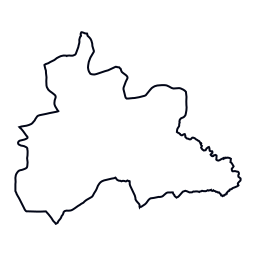 the district of Kadiogo, Kadiogo, Burkina Faso
{"feature_id": "67063806B99988316808523", "entity_name": "Kadiogo", "entity_type": "district", "adm_level": 2, "iso_a3": "BFA", "parent_name": "Burkina Faso", "parent_adm1": "Kadiogo", "projection": "mercator", "projection_center": [-1.417, 12.368], "detail": "fine", "context": "isolated", "style": "outline", "palette": "ink", "viewbox_px": 256, "rotation_deg": 0, "n_neighbors": 0, "source": "geoboundaries", "source_scale": "gbopen_adm2", "svg_char_len": 5797}
<svg xmlns="http://www.w3.org/2000/svg" viewBox="0 0 256 256"><path d="M15.4,191.1L16.2,192.7L16.6,193.9L17.8,196.1L19.1,198.3L24.2,208.4L24.8,209.7L25.9,211.0L26.4,211.3L26.9,211.3L37.1,211.6L40.5,211.6L45.9,211.4L48.5,214.3L51.4,218.0L53.2,220.9L54.9,222.6L55.8,223.8L56.5,223.5L57.8,222.6L57.8,222.2L58.7,220.7L60.1,219.1L61.1,217.6L61.5,216.3L62.8,214.6L63.3,213.4L63.6,212.2L64.3,211.4L64.9,211.0L66.6,210.6L68.5,210.7L70.4,210.5L71.2,210.3L72.4,209.8L74.6,208.4L78.1,205.9L79.8,204.9L81.3,203.8L83.4,202.7L84.5,201.5L86.4,200.0L91.8,196.9L92.7,195.9L94.2,193.1L95.8,190.6L96.7,188.8L97.9,185.8L99.4,183.5L100.6,182.2L102.1,181.2L104.1,180.4L111.7,178.6L114.1,178.2L115.4,177.6L115.8,178.0L116.8,179.5L117.6,180.1L118.9,180.7L120.5,180.8L121.4,181.3L122.6,180.9L123.0,180.8L124.5,181.0L125.3,181.3L126.2,181.3L127.4,180.5L127.9,180.7L128.6,181.1L129.5,181.1L129.7,181.7L129.7,184.1L130.2,185.8L134.8,195.5L135.4,197.8L135.5,199.3L135.9,200.1L136.7,201.3L139.2,204.1L139.6,205.3L139.5,206.4L139.7,207.2L139.9,206.9L140.6,206.9L141.2,206.8L145.1,204.2L146.3,203.0L148.4,200.1L149.3,199.2L150.1,198.6L150.8,198.3L153.9,197.9L158.7,196.9L159.8,197.0L161.8,196.6L162.8,196.1L164.7,194.4L166.5,192.9L167.7,192.5L172.8,192.4L173.1,193.4L173.8,194.6L174.2,194.8L174.7,196.1L176.5,197.6L176.9,197.3L177.7,197.1L178.9,196.1L182.8,191.7L185.3,190.8L187.0,191.3L189.5,192.4L192.1,192.3L193.3,191.5L194.1,191.6L195.9,191.4L197.1,191.4L198.7,191.7L199.2,192.0L199.7,191.6L201.4,191.2L202.0,190.8L203.4,191.1L205.4,191.2L206.3,191.0L207.8,190.2L208.6,190.6L210.9,189.9L210.9,190.3L211.5,190.6L212.6,190.9L213.4,190.3L213.9,190.8L215.5,191.3L215.9,191.8L216.9,191.8L217.5,192.3L218.0,192.5L218.9,192.3L219.7,193.4L220.3,193.6L220.8,194.4L221.1,195.3L221.4,195.3L222.5,196.1L223.1,195.6L223.5,195.7L223.5,195.4L224.0,195.4L224.9,194.7L225.4,194.7L225.7,194.6L226.4,193.4L226.8,193.5L226.9,192.7L228.1,191.3L229.3,190.8L229.5,190.5L229.4,190.2L229.6,189.7L230.2,189.4L231.7,189.1L232.1,188.5L232.9,188.0L235.1,187.2L236.2,186.7L236.8,186.5L237.4,186.1L238.3,185.6L238.5,185.3L238.1,184.7L237.8,183.8L238.0,183.1L239.1,181.8L240.1,180.9L240.4,180.6L240.6,179.9L240.6,178.7L240.5,178.4L238.4,176.7L238.3,175.5L238.4,174.9L238.9,174.1L238.9,173.3L238.8,172.8L238.3,172.0L237.9,171.7L236.4,171.5L235.7,171.2L234.8,171.1L232.7,171.3L232.3,171.1L231.8,169.8L231.8,168.7L233.1,167.2L233.6,166.3L231.8,163.3L231.2,162.6L230.5,162.2L230.8,159.4L230.9,158.8L229.9,158.2L229.1,157.9L227.7,157.6L226.7,157.9L226.2,157.7L225.8,157.6L224.7,158.4L224.2,158.4L223.7,158.7L223.6,158.0L221.0,159.3L219.6,160.2L218.2,160.6L217.0,160.2L216.3,159.6L216.6,155.8L216.4,155.4L215.4,154.9L214.5,155.2L213.9,155.3L213.7,155.4L213.4,156.0L212.7,156.2L212.0,156.1L211.1,155.4L210.6,154.7L210.9,154.2L211.3,153.9L211.8,153.7L212.0,153.1L212.4,152.8L212.4,152.1L212.4,151.8L212.2,151.3L210.3,151.2L209.7,150.7L209.6,150.2L209.4,148.1L208.9,147.0L208.2,147.2L206.4,148.6L206.2,149.2L205.6,150.2L203.8,150.5L202.3,149.4L201.1,147.6L201.5,146.8L201.8,146.2L201.9,145.9L201.3,145.4L200.6,143.8L201.2,143.4L201.0,143.0L200.1,142.6L199.4,141.4L198.8,140.9L198.1,140.7L197.3,140.0L196.2,139.5L194.7,138.2L193.3,137.7L192.3,137.7L191.7,138.2L190.8,139.2L190.0,139.4L189.1,139.2L188.5,138.8L186.9,138.5L185.8,137.5L185.6,137.1L185.3,136.9L185.3,135.6L184.7,134.1L183.5,134.4L182.7,135.0L182.0,135.3L181.3,135.2L180.8,134.9L180.2,134.4L180.1,134.0L179.3,133.5L178.8,133.0L177.9,132.7L176.9,132.0L177.1,130.0L177.5,128.6L179.0,126.3L179.2,125.7L179.2,124.1L179.7,122.3L179.4,121.9L179.7,120.0L179.9,119.7L180.1,119.5L180.2,119.2L181.2,118.2L183.0,117.5L184.0,116.9L184.9,115.9L185.5,115.0L185.9,113.2L186.4,110.4L186.6,107.4L186.4,105.1L186.3,101.2L186.5,96.9L185.9,91.8L184.7,90.6L183.2,89.6L180.6,88.4L179.2,88.1L173.5,88.5L171.7,88.0L169.0,86.5L166.8,85.5L166.0,85.3L163.9,85.1L162.2,85.1L157.3,85.5L154.8,86.2L153.3,87.0L151.7,88.1L150.0,90.0L145.8,95.2L144.6,95.8L139.1,97.2L134.6,98.0L132.7,98.1L128.7,98.5L127.4,98.5L126.8,98.6L126.3,98.3L125.7,97.7L125.3,96.6L123.5,89.3L123.5,88.2L123.7,87.3L125.8,81.6L127.4,78.4L127.5,77.2L126.9,76.1L125.9,75.1L122.8,72.8L121.8,71.9L121.2,70.6L120.7,68.9L120.5,68.6L119.9,68.3L119.3,67.4L117.0,67.1L116.8,66.9L115.6,66.8L108.1,70.3L104.9,71.2L96.9,73.9L95.4,74.3L94.1,74.5L91.9,74.3L90.4,73.8L90.0,73.2L89.0,71.6L88.4,69.9L88.0,67.6L88.2,65.2L88.8,61.8L90.4,57.6L93.8,51.8L93.9,51.0L93.1,48.4L92.4,46.0L92.2,43.5L91.4,40.7L90.6,39.0L89.5,37.6L87.6,35.8L87.5,35.1L87.3,34.8L87.1,33.6L84.7,33.3L84.0,32.9L82.5,32.4L81.7,32.2L81.3,32.3L80.9,33.2L80.6,34.1L81.0,35.5L80.8,36.3L80.3,36.5L79.8,37.9L79.3,39.8L79.4,41.6L79.3,42.9L78.6,45.6L78.3,47.1L75.8,53.8L75.2,54.6L73.5,55.4L72.4,55.7L71.0,55.7L69.4,55.5L66.9,55.7L66.7,56.0L65.9,55.6L65.1,55.6L63.9,55.5L62.2,55.8L60.6,56.2L58.9,57.0L56.8,58.1L54.4,60.0L50.3,62.0L48.3,63.2L45.7,64.1L44.6,64.8L44.4,65.0L45.3,68.8L45.9,70.6L46.0,73.1L46.5,77.3L46.3,81.1L46.4,83.5L46.5,85.6L46.9,87.2L48.3,89.7L49.9,91.2L52.4,93.0L54.5,94.7L55.3,95.5L55.7,96.9L55.5,97.9L54.7,100.3L54.4,103.0L54.5,104.4L55.2,106.3L57.6,110.3L58.3,111.1L57.9,111.4L55.7,111.9L49.5,113.1L46.5,113.8L39.6,115.2L38.2,115.7L37.5,116.1L36.9,116.8L35.4,119.0L34.7,120.4L33.3,122.0L32.3,123.2L31.2,124.0L28.9,125.0L26.5,125.7L21.4,126.5L19.4,127.1L20.3,128.1L21.1,128.7L23.1,131.1L26.4,135.7L27.3,136.6L27.5,137.2L27.5,137.6L27.4,138.0L26.6,138.6L24.6,139.5L19.7,140.7L18.7,141.4L18.1,142.4L18.1,143.3L18.3,143.9L18.8,144.5L19.8,145.0L21.1,145.6L22.5,145.8L24.2,146.2L26.4,147.3L26.8,147.6L27.3,148.4L27.3,149.3L27.6,150.9L27.6,152.6L27.5,155.5L27.1,158.2L27.6,162.3L27.3,166.0L27.0,167.2L26.5,167.9L25.4,168.6L23.1,169.5L21.5,170.0L20.2,170.2L19.0,170.7L18.0,171.5L16.9,173.0L16.2,174.2L15.8,175.3L15.4,177.9L15.6,181.9L15.4,184.1L15.4,191.1Z" fill="none" stroke="#020617" stroke-width="2"/></svg>